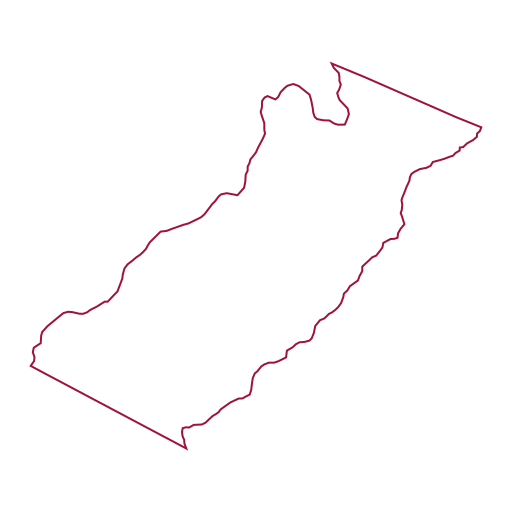 Fortuna, Maranhão, Brazil
{"feature_id": "56859067B73470842348249", "entity_name": "Fortuna", "entity_type": "district", "adm_level": 2, "iso_a3": "BRA", "parent_name": "Brazil", "parent_adm1": "Maranhão", "projection": "albers", "projection_center": [-44.009, -5.664], "detail": "fine", "context": "isolated", "style": "outline", "palette": "rose", "viewbox_px": 512, "rotation_deg": 0, "n_neighbors": 0, "source": "geoboundaries", "source_scale": "gbopen_adm2", "svg_char_len": 2558}
<svg xmlns="http://www.w3.org/2000/svg" viewBox="0 0 512 512"><path d="M481.3,127.3L456.2,117.2L419.7,101.2L364.4,77.0L331.7,63.5L333.9,68.0L338.7,72.9L339.4,76.5L339.4,80.8L340.8,84.6L339.2,89.4L337.2,93.0L338.4,97.2L339.7,100.1L347.6,108.4L348.9,114.1L347.1,119.2L344.8,124.6L338.0,124.7L334.1,123.5L329.4,120.5L323.6,120.3L317.1,119.1L314.7,116.9L313.3,112.8L312.7,107.9L311.1,99.8L309.5,94.6L298.7,86.0L293.2,84.0L287.3,85.8L284.5,88.1L280.6,92.2L278.2,97.0L275.4,99.4L267.5,96.1L264.6,97.5L262.1,101.0L261.9,107.4L260.7,112.0L261.9,116.1L264.3,123.1L264.3,129.5L265.0,133.8L262.8,138.7L257.9,148.0L256.0,152.3L253.3,155.9L250.4,159.4L249.5,163.0L247.7,166.5L247.6,170.8L245.7,174.6L245.3,181.7L244.1,187.7L237.5,195.2L226.8,193.2L221.2,194.3L218.7,196.4L215.1,201.2L212.2,204.1L204.7,214.0L201.3,217.1L197.2,219.2L188.3,223.5L183.4,224.8L172.0,228.8L166.6,230.9L160.6,231.6L149.8,242.3L147.8,245.4L146.1,248.7L143.1,252.0L139.9,254.9L136.2,257.4L132.2,260.8L127.5,264.4L124.4,268.6L122.8,274.6L122.3,278.6L117.5,291.4L113.3,295.7L107.7,301.7L104.6,301.7L96.3,306.9L93.0,308.5L89.8,310.2L87.1,312.3L83.1,313.8L79.3,313.7L72.2,312.1L68.1,311.8L63.6,313.0L61.1,314.9L47.4,326.2L42.2,332.0L41.2,335.5L40.7,343.2L33.8,347.7L32.8,352.2L34.5,357.2L34.1,361.0L30.7,365.9L44.5,373.3L186.3,448.5L184.4,443.5L184.2,439.9L182.6,436.3L182.0,432.0L182.7,428.2L185.8,427.3L189.2,427.5L193.7,424.9L201.8,424.5L205.5,422.7L209.0,419.4L212.5,416.1L215.5,414.3L218.4,412.4L220.8,409.3L224.4,406.7L230.6,402.3L238.5,398.6L242.6,398.4L245.5,396.7L249.7,394.6L251.2,389.9L252.0,383.2L252.8,378.0L254.8,373.4L257.4,371.3L261.2,366.5L264.4,364.4L268.8,362.7L273.9,362.7L278.2,361.3L286.1,357.4L286.9,350.6L292.6,347.3L295.9,344.2L299.5,342.3L304.7,341.9L309.5,340.6L311.7,338.3L313.8,333.1L315.3,325.9L320.0,320.2L324.2,318.5L326.7,316.2L328.9,313.9L331.7,312.6L335.4,309.8L338.0,307.3L341.1,303.1L343.3,297.1L343.9,293.6L347.3,290.5L349.9,286.2L354.5,282.9L357.9,280.5L359.7,275.7L362.2,271.3L362.3,266.6L365.4,263.7L368.8,260.6L372.2,257.3L376.2,255.6L380.3,250.4L382.4,247.5L383.3,242.9L390.5,239.0L394.4,238.8L397.5,237.8L398.1,233.2L400.6,228.8L404.4,224.2L402.0,216.4L400.7,213.1L401.8,209.8L402.3,204.7L401.5,200.1L402.7,196.5L404.2,193.1L406.4,187.2L409.4,180.8L409.9,177.2L411.4,174.0L414.1,172.0L419.8,169.1L426.5,167.8L430.6,165.8L432.8,162.0L439.6,160.2L444.6,158.7L449.5,156.8L453.0,155.7L455.5,153.0L459.6,150.6L459.8,147.5L463.1,147.1L467.3,143.2L473.0,140.1L476.9,136.8L477.1,133.5L479.9,131.0L481.3,127.3Z" fill="none" stroke="#9f1239" stroke-width="2"/></svg>